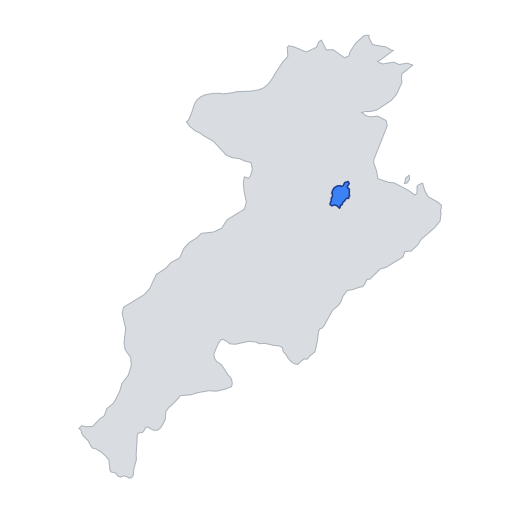 location of Kaechon City, P'yŏngan-namdo, North Korea, rotated 176°
{"feature_id": "82179303B11143169061479", "entity_name": "Kaechon City", "entity_type": "district", "adm_level": 2, "iso_a3": "PRK", "parent_name": "North Korea", "parent_adm1": "P'yŏngan-namdo", "projection": "albers", "projection_center": [125.98, 39.701], "detail": "fine", "context": "in_parent", "style": "filled", "palette": "blue", "viewbox_px": 512, "rotation_deg": 176, "n_neighbors": 0, "source": "geoboundaries", "source_scale": "gbopen_adm2", "svg_char_len": 4382}
<svg xmlns="http://www.w3.org/2000/svg" viewBox="0 0 512 512"><g transform="rotate(176 256 256)"><path d="M316.1,394.7L314.0,396.0L310.4,402.8L307.1,411.4L303.8,416.1L300.0,418.7L295.8,420.3L287.5,421.2L279.9,420.7L277.5,419.9L267.1,420.6L264.2,421.3L249.2,420.8L241.5,421.6L236.5,423.3L231.5,426.9L227.2,432.1L223.4,437.7L215.7,447.8L210.3,452.8L210.3,459.9L210.2,462.1L208.3,463.6L207.6,462.9L204.4,462.4L191.6,456.0L181.1,460.0L178.5,465.2L175.7,466.8L171.5,456.7L164.7,456.4L153.8,447.5L149.2,449.3L148.0,452.9L142.0,461.1L133.6,467.8L130.9,468.6L127.8,468.2L128.3,466.3L125.0,458.7L111.8,455.5L107.1,452.2L104.8,451.5L117.7,443.2L121.1,441.7L118.6,439.7L115.8,438.7L105.3,439.8L99.8,437.0L91.8,437.8L86.3,435.5L97.9,427.4L98.4,422.5L98.4,418.8L104.3,407.8L110.2,401.8L125.4,393.2L132.0,392.1L136.7,392.5L140.6,391.7L136.5,388.3L132.5,386.8L124.8,387.0L116.7,382.0L116.0,376.7L131.9,343.6L132.1,340.6L129.8,332.5L129.0,324.6L118.0,320.0L113.1,319.4L98.9,310.4L93.3,305.8L91.0,307.1L90.5,314.2L88.5,315.8L84.7,317.1L83.0,309.0L80.0,303.1L70.7,296.9L67.4,293.6L69.1,286.5L68.3,285.9L70.0,277.9L75.8,271.8L90.1,261.1L93.8,256.0L101.0,250.0L104.2,250.2L107.5,249.7L108.5,247.1L109.3,245.0L112.2,243.2L119.0,239.9L126.8,235.6L133.0,234.4L140.7,227.8L143.8,225.0L146.9,225.0L147.7,223.6L149.5,220.2L151.9,218.0L155.3,217.6L160.7,216.0L167.6,215.0L172.3,209.5L173.9,205.5L177.0,201.2L183.5,196.4L188.0,189.4L192.9,181.7L195.3,179.3L197.6,178.8L199.0,175.9L200.5,167.8L202.7,160.0L204.1,156.2L209.8,152.1L211.2,150.2L212.5,149.5L215.1,150.0L218.7,147.6L222.0,144.9L225.0,145.8L228.2,148.0L231.4,152.3L232.9,155.7L235.5,158.6L236.1,162.8L238.7,164.6L244.1,165.5L253.1,168.2L258.9,168.3L262.2,170.3L269.1,171.4L282.9,169.4L288.5,170.3L291.0,172.9L294.5,174.9L296.8,175.0L299.7,171.3L302.9,165.3L304.9,160.8L304.7,157.3L302.7,153.5L298.1,150.0L295.0,144.6L292.0,139.0L290.3,137.2L288.9,134.5L288.6,130.2L289.5,127.4L296.2,125.3L304.9,123.9L312.0,124.9L323.8,123.8L331.0,122.0L336.4,122.1L341.4,121.9L343.5,119.4L350.2,113.3L353.4,111.1L356.9,107.0L357.4,102.8L358.0,99.4L359.9,95.8L363.3,91.2L366.3,89.1L369.7,89.2L373.4,91.1L375.8,93.0L378.4,92.3L380.4,88.8L381.7,88.0L385.8,87.6L387.0,85.4L388.2,75.1L389.4,66.9L389.5,61.3L392.8,51.8L393.7,46.1L395.7,43.4L398.2,43.4L400.4,45.0L403.1,45.9L406.5,44.8L409.1,46.1L410.8,49.1L416.1,50.9L416.6,52.4L417.0,62.6L420.1,67.2L424.1,71.3L429.5,74.9L432.4,75.7L434.2,78.4L436.1,83.1L440.1,87.6L442.2,91.0L442.8,94.5L444.6,96.4L441.7,98.8L437.7,97.6L431.1,97.2L423.0,104.5L418.5,107.2L415.5,114.2L409.1,118.6L405.7,123.1L401.3,130.8L398.6,138.2L391.7,146.0L388.0,155.5L388.1,163.5L393.0,171.5L393.7,178.4L391.1,192.9L393.5,208.0L391.7,214.1L370.0,225.4L364.4,230.8L356.7,244.6L346.9,250.0L340.9,255.7L332.4,259.3L327.1,269.0L321.2,274.5L314.1,278.0L308.9,282.4L296.8,282.9L288.3,286.1L282.4,294.1L264.3,303.6L261.9,310.5L263.3,321.1L263.6,329.2L262.1,335.8L258.0,334.0L255.9,336.3L253.6,342.5L254.4,349.5L260.8,351.6L266.0,354.4L273.3,355.8L278.8,358.9L290.6,373.5L300.1,379.8L302.6,382.1L308.1,385.2L313.2,390.2L316.1,394.7ZM101.0,323.6L97.6,325.9L97.4,321.8L100.1,318.4L102.9,317.9L101.0,323.6Z" fill="#d9dde1" stroke="#a8b0b8" stroke-width="1"/><path d="M159.0,323.9L159.5,323.7L160.4,323.5L161.2,323.3L161.8,323.3L162.6,322.7L163.2,321.8L163.4,321.2L164.0,320.3L164.6,319.9L165.4,319.7L166.0,319.3L166.4,319.7L166.8,319.9L167.2,320.3L167.4,320.3L167.8,320.3L168.8,320.3L169.6,320.1L170.4,320.1L171.2,319.7L172.0,319.3L172.6,318.9L173.4,318.4L174.0,317.6L174.6,316.7L175.4,315.2L175.8,313.9L176.1,313.4L175.8,313.1L175.4,312.2L175.4,311.4L175.6,310.5L175.9,309.6L176.7,308.6L177.1,307.7L176.9,306.9L177.1,305.8L177.7,304.7L178.3,303.6L178.5,302.1L177.5,301.3L176.7,300.7L175.8,301.0L174.9,301.4L174.5,301.4L173.9,301.4L173.5,301.3L172.7,301.0L171.8,300.4L171.4,300.1L170.4,298.9L169.7,298.2L169.3,297.9L168.9,298.4L168.5,299.2L168.4,300.2L168.3,300.7L167.8,300.9L167.3,300.8L166.9,301.0L166.5,301.3L166.0,302.2L165.7,303.6L164.8,304.2L164.7,304.3L163.9,304.5L163.6,304.9L162.8,306.2L162.5,306.6L162.1,306.9L161.7,307.1L160.7,307.2L160.3,307.0L159.8,307.0L159.4,307.3L159.3,307.8L159.4,308.7L159.3,309.1L158.8,309.4L158.4,309.5L158.5,309.8L158.5,310.7L158.7,311.5L158.5,312.6L158.4,314.3L158.2,316.0L158.8,316.9L159.8,317.5L160.2,318.8L158.8,320.5L158.0,321.8L158.4,322.9L159.0,323.9Z" fill="#3b82f6" stroke="#1e3a8a" stroke-width="1.5"/></g></svg>